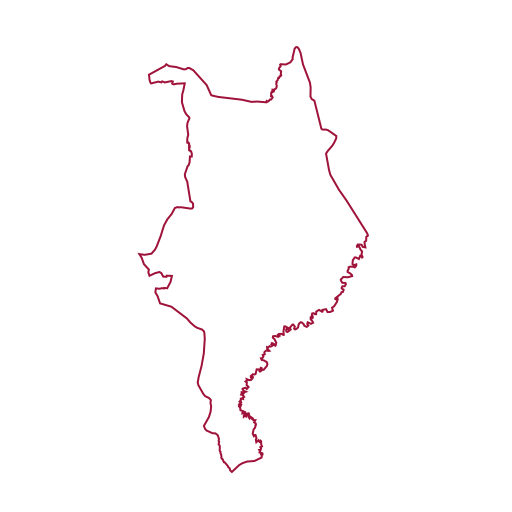 Uthumphon Phisai, Si Sa Ket, Thailand (Robinson projection), rotated 348°
{"feature_id": "78962969B73253531385029", "entity_name": "Uthumphon Phisai", "entity_type": "district", "adm_level": 2, "iso_a3": "THA", "parent_name": "Thailand", "parent_adm1": "Si Sa Ket", "projection": "robinson", "projection_center": [104.158, 15.11], "detail": "fine", "context": "isolated", "style": "outline", "palette": "rose", "viewbox_px": 512, "rotation_deg": 348, "n_neighbors": 0, "source": "geoboundaries", "source_scale": "gbopen_adm2", "svg_char_len": 6095}
<svg xmlns="http://www.w3.org/2000/svg" viewBox="0 0 512 512"><g transform="rotate(348 256 256)"><path d="M189.0,56.4L188.5,61.6L188.7,64.2L189.3,65.4L196.6,65.1L199.5,66.5L200.5,65.7L203.0,67.3L209.6,67.3L210.9,68.0L209.8,69.9L211.1,71.0L214.3,71.0L222.2,72.3L219.1,79.5L217.4,82.6L215.5,90.2L216.2,99.6L217.3,103.0L219.5,106.5L219.5,107.5L216.8,111.3L215.6,114.5L214.9,123.5L213.4,126.3L212.5,129.7L212.9,130.0L212.4,130.9L214.0,131.8L213.5,133.7L214.0,134.1L213.9,135.5L213.7,136.0L213.0,135.8L212.6,138.6L213.3,138.8L213.5,139.8L214.3,140.1L214.5,142.8L213.8,145.4L212.1,144.9L210.5,150.6L208.9,153.3L207.8,153.9L203.4,161.2L203.1,163.9L204.2,169.0L203.2,189.0L204.0,189.4L205.3,191.5L204.7,195.2L203.5,196.2L202.0,196.1L192.5,192.6L190.6,192.5L189.4,191.8L186.6,192.2L182.3,197.3L176.9,201.7L172.4,206.9L166.9,216.7L160.7,226.2L158.6,228.7L154.2,232.0L147.3,231.7L142.3,229.9L143.8,233.9L144.7,240.7L148.4,247.0L147.3,249.5L147.7,253.2L153.7,251.8L158.3,251.6L159.8,253.0L161.0,256.9L164.1,257.7L164.6,256.7L169.6,258.0L167.0,263.6L162.4,269.1L159.5,268.1L159.2,268.6L157.3,267.9L154.9,268.0L151.4,266.9L150.0,270.6L151.4,274.9L152.3,282.4L162.7,288.0L175.4,302.7L178.1,307.6L181.4,312.0L183.5,314.0L187.8,316.6L189.4,318.8L189.5,320.4L188.7,326.2L184.7,340.4L179.9,352.2L174.8,362.4L172.7,367.5L172.8,370.5L175.9,380.2L177.1,382.5L180.6,385.2L181.9,387.6L180.9,390.3L180.9,393.7L179.2,398.9L176.4,403.8L169.7,411.4L170.3,414.6L171.3,416.4L176.6,420.3L179.5,421.1L181.4,423.5L181.7,427.4L181.0,429.0L181.3,430.2L180.3,432.2L181.1,434.4L180.0,439.0L180.6,440.1L180.2,441.2L180.6,442.6L180.5,445.3L180.1,446.1L180.3,447.1L181.0,447.5L181.7,451.0L182.3,451.1L183.2,452.6L185.0,456.0L185.0,456.9L186.1,458.2L186.2,460.3L187.5,462.2L196.1,457.0L199.8,455.8L204.6,455.2L211.8,456.2L219.5,454.3L220.1,452.8L219.8,451.4L221.1,451.5L221.3,450.6L220.9,450.0L218.6,448.9L219.4,447.7L218.9,446.4L220.2,446.6L220.6,446.1L220.9,445.1L220.5,443.9L222.3,443.5L221.9,441.3L222.5,438.2L222.0,437.6L221.4,438.7L220.8,438.7L220.0,436.7L217.6,438.2L217.6,435.7L218.6,434.3L218.3,431.0L217.8,430.8L216.5,431.8L215.8,429.2L217.7,425.0L219.0,424.1L220.2,422.3L220.2,421.4L220.9,420.9L220.9,419.6L219.6,418.4L221.2,416.4L219.2,416.0L219.2,414.5L218.3,414.4L218.5,413.5L217.5,412.4L216.0,413.7L215.5,412.4L216.2,411.1L215.3,410.6L216.3,409.5L216.1,408.3L214.4,408.4L214.6,409.2L213.8,409.6L213.2,411.1L212.7,410.8L213.1,409.3L210.7,410.6L210.9,409.7L213.0,408.2L213.0,406.5L212.3,406.0L212.3,407.5L211.7,408.2L211.0,407.2L209.9,407.2L210.8,404.9L208.7,403.6L209.0,401.0L208.0,399.5L208.3,398.8L209.9,399.4L210.7,398.2L210.3,397.8L209.0,398.5L208.5,397.8L211.1,396.0L210.9,395.5L210.0,395.6L209.6,395.1L211.2,393.8L211.4,392.4L211.9,392.2L213.7,393.2L213.9,391.6L215.1,391.3L214.3,389.4L212.6,388.5L213.4,387.4L213.6,386.2L214.4,386.4L214.8,388.2L216.7,386.7L217.7,386.6L216.0,385.4L215.1,383.4L216.0,382.8L218.5,382.7L219.3,384.2L221.5,382.6L220.0,380.3L220.7,378.1L219.7,376.5L221.3,376.1L221.3,374.5L223.3,375.9L225.2,376.3L227.0,375.1L227.9,373.9L227.5,373.2L225.8,373.5L225.9,372.4L228.4,371.0L229.7,371.6L231.0,371.4L233.1,367.0L235.2,367.5L235.6,369.7L236.4,369.9L237.5,369.0L237.1,367.3L237.4,366.4L238.2,366.8L238.3,368.7L239.8,368.9L243.8,365.8L244.7,364.1L244.5,362.0L241.8,359.6L240.0,358.9L239.6,357.1L240.9,357.2L242.3,356.0L242.0,354.2L244.1,354.0L244.1,352.0L244.7,351.4L247.0,350.4L248.1,351.4L249.3,351.5L247.7,348.8L247.9,347.4L248.9,347.9L250.5,347.0L251.4,347.7L254.4,346.8L254.6,346.2L252.8,345.4L253.5,344.5L255.1,345.6L256.2,347.8L256.6,347.6L257.8,345.0L256.7,340.9L255.5,339.5L255.9,338.1L257.9,338.1L260.9,339.7L262.4,339.1L261.1,337.6L262.1,337.0L264.9,337.6L266.3,338.9L266.8,338.9L267.1,335.7L269.0,330.8L269.8,330.8L272.7,333.2L272.2,334.3L270.6,333.8L270.2,334.1L270.0,336.2L271.0,336.9L274.6,335.2L274.3,333.1L277.4,330.7L278.2,330.8L279.3,333.1L278.2,335.0L278.5,335.7L279.1,335.9L280.7,335.6L282.4,334.5L283.3,332.1L284.6,330.7L286.1,330.1L286.8,330.4L288.4,332.5L288.8,334.3L290.9,335.9L292.8,334.9L292.0,333.1L292.8,331.6L295.7,333.8L298.0,333.1L297.4,331.1L296.3,329.3L296.7,327.3L297.4,326.8L298.0,327.1L298.0,328.5L298.7,328.2L298.9,326.6L298.4,325.1L299.0,323.9L300.5,323.9L301.4,325.1L302.7,325.4L303.4,322.9L306.4,321.8L309.1,324.3L309.6,324.1L309.8,322.5L313.5,322.6L314.3,325.7L316.8,326.2L319.9,325.5L319.6,322.4L322.1,321.3L325.7,317.6L326.9,315.3L326.9,314.2L325.3,315.1L324.6,314.6L324.7,313.9L331.1,310.7L332.1,309.2L333.7,309.1L334.7,307.2L333.1,305.6L333.3,304.7L334.2,303.6L336.5,304.0L338.0,302.3L338.1,301.4L337.8,300.9L334.9,300.2L333.9,297.5L334.0,296.7L337.0,294.7L341.5,295.9L345.9,295.6L345.9,294.6L344.6,292.7L342.3,290.7L342.5,289.6L344.0,287.8L344.3,286.2L345.9,286.0L348.8,286.7L350.3,287.7L351.3,287.0L352.2,286.0L352.3,285.0L349.6,285.3L348.7,283.9L349.8,280.3L352.2,278.0L353.3,278.1L356.0,280.3L358.0,277.4L358.7,277.5L359.4,279.5L360.0,279.2L359.5,276.5L360.7,273.6L359.7,271.8L358.8,268.0L356.7,268.0L356.7,267.2L358.0,265.9L361.6,266.9L362.3,269.3L364.8,270.3L364.7,267.3L365.1,264.8L366.9,264.0L367.9,260.1L369.7,259.4L369.5,257.0L356.2,220.9L350.9,208.4L345.6,192.0L345.3,187.0L345.8,170.4L348.0,168.2L353.8,163.8L356.1,161.3L359.0,157.5L359.5,155.3L352.6,147.9L350.5,146.8L347.8,146.3L346.7,145.6L346.4,144.9L345.4,116.2L343.2,114.2L342.4,111.5L344.5,102.4L344.8,97.6L341.8,78.4L341.8,66.6L340.9,62.0L339.8,60.3L338.6,60.0L336.9,61.2L332.9,69.8L332.9,71.0L329.9,73.7L325.0,74.9L320.0,73.5L319.4,73.8L319.6,75.4L317.7,77.0L317.2,78.0L317.4,78.7L319.0,80.5L318.1,83.1L318.2,84.4L317.6,84.4L317.3,85.3L316.3,85.3L315.6,86.6L314.8,86.4L313.6,88.7L312.1,89.7L312.3,90.7L311.6,91.6L311.7,93.8L311.0,95.6L310.2,96.4L307.9,97.0L308.2,97.8L307.6,98.8L306.4,99.0L306.2,97.9L305.5,99.4L304.8,99.4L304.0,102.6L304.7,102.5L305.3,104.3L303.3,106.1L301.9,105.9L301.3,106.7L299.5,107.5L298.7,106.6L298.0,107.8L289.4,105.2L283.6,104.3L274.7,100.2L252.0,92.5L246.2,89.8L245.6,89.3L243.3,78.6L233.3,61.3L229.9,58.3L228.2,57.9L226.3,58.7L224.3,58.5L217.3,54.6L210.5,52.2L208.1,49.8L206.4,51.2L189.0,56.4Z" fill="none" stroke="#9f1239" stroke-width="2"/></g></svg>